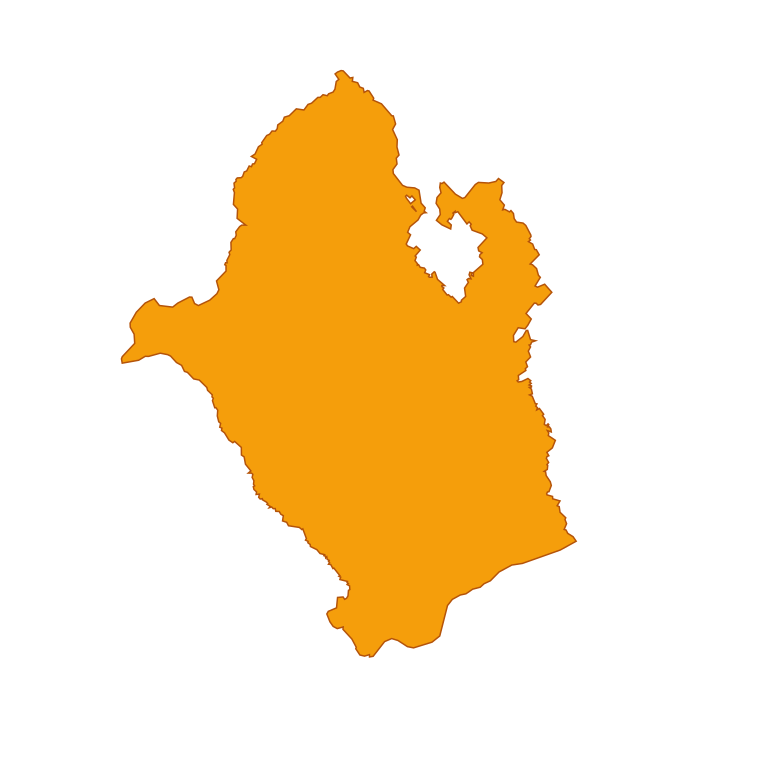 Madiun, Jawa Timur, Indonesia, rotated 123°
{"feature_id": "22746128B56340035124164", "entity_name": "Madiun", "entity_type": "district", "adm_level": 2, "iso_a3": "IDN", "parent_name": "Indonesia", "parent_adm1": "Jawa Timur", "projection": "mercator", "projection_center": [111.63, -7.612], "detail": "fine", "context": "isolated", "style": "filled", "palette": "amber", "viewbox_px": 768, "rotation_deg": 123, "n_neighbors": 0, "source": "geoboundaries", "source_scale": "gbopen_adm2", "svg_char_len": 6173}
<svg xmlns="http://www.w3.org/2000/svg" viewBox="0 0 768 768"><g transform="rotate(123 384 384)"><path d="M411.2,137.2L409.1,142.2L409.2,148.5L407.3,151.8L407.9,153.7L401.7,154.8L399.1,158.4L397.2,158.7L395.7,166.5L391.4,170.3L391.8,172.5L386.2,172.7L388.4,180.0L386.5,181.4L388.2,186.9L387.5,187.8L385.5,188.1L384.5,187.0L378.0,188.4L375.4,191.3L372.5,198.1L369.6,200.7L370.0,202.1L366.7,200.5L363.2,202.3L363.0,203.4L360.1,203.2L358.0,207.3L356.1,207.8L354.4,206.7L352.6,210.2L345.9,208.0L337.9,209.6L337.8,218.1L335.4,219.1L334.1,221.6L333.1,217.6L330.8,219.6L329.9,221.9L330.8,223.4L328.4,223.6L328.1,224.7L330.6,225.3L330.5,227.6L325.9,229.6L324.2,233.9L322.4,233.6L319.9,240.3L322.5,241.8L320.3,242.3L319.9,244.7L317.4,244.9L318.1,246.4L313.5,253.0L313.9,256.0L311.4,254.2L308.0,257.6L307.7,260.2L306.3,258.7L305.3,259.2L305.8,261.8L303.3,260.9L303.1,263.0L301.3,262.7L301.0,266.3L306.8,269.8L309.2,272.5L308.8,274.1L307.0,273.4L303.7,276.0L295.4,272.4L294.2,273.8L291.3,273.1L288.3,277.1L281.5,275.8L277.8,280.9L273.1,281.3L272.3,283.5L271.2,282.5L268.5,283.0L265.2,280.5L267.0,285.3L260.8,292.7L261.6,293.8L268.6,293.4L277.1,296.2L277.8,298.2L272.8,301.9L263.7,302.1L260.9,295.8L256.5,295.4L249.3,295.9L247.5,303.3L234.3,302.0L233.4,300.4L233.9,297.9L232.0,296.0L215.7,293.2L212.8,303.6L219.2,308.0L219.5,310.7L209.4,311.0L208.7,313.7L204.1,318.9L203.1,324.5L203.8,326.8L191.1,324.2L188.4,329.4L189.1,330.9L185.7,335.5L185.9,340.4L183.5,339.6L183.0,341.3L180.3,341.0L179.1,342.0L173.8,351.4L173.3,355.0L176.0,361.0L174.4,364.9L170.5,368.3L169.4,372.0L171.3,372.5L171.7,377.8L173.3,379.3L168.4,380.5L166.4,387.2L159.3,389.2L153.4,393.4L149.7,393.1L149.3,399.9L153.2,400.5L158.4,405.6L163.5,414.6L167.0,416.1L183.6,417.7L185.6,419.3L185.9,427.5L182.0,443.6L184.3,444.6L184.8,446.2L188.8,444.3L192.6,440.3L198.7,441.1L204.1,438.7L206.9,432.6L211.2,429.1L218.2,429.2L219.0,422.2L217.7,412.5L214.0,414.2L213.0,419.5L209.6,419.3L209.5,417.6L208.0,417.4L203.8,417.8L203.1,419.3L200.5,418.4L201.7,417.7L199.3,415.9L204.6,401.6L201.7,400.9L202.5,397.9L204.4,397.9L207.0,393.9L204.6,383.3L205.4,377.3L218.3,379.5L220.8,377.1L220.5,373.2L223.2,374.0L225.3,373.2L226.1,369.3L229.7,366.3L241.8,369.7L244.9,367.7L245.3,369.9L242.7,370.7L243.5,372.9L246.1,372.1L248.4,368.3L249.5,370.6L251.3,371.2L252.8,368.6L259.7,368.7L266.1,363.2L271.6,364.7L272.9,363.9L275.6,365.5L273.4,374.4L274.6,375.0L274.0,378.6L275.0,379.5L272.7,386.3L270.9,386.1L270.8,388.5L269.9,389.1L268.4,386.7L267.1,396.1L262.5,402.0L262.5,403.0L265.8,403.8L268.2,401.8L269.7,404.0L269.7,405.1L267.5,405.3L268.5,410.5L265.6,411.1L264.8,413.3L266.4,417.2L265.1,420.0L266.2,420.8L264.9,421.5L263.7,425.2L260.0,426.0L259.7,427.6L251.9,426.6L251.0,431.9L254.3,432.8L255.4,439.5L254.5,441.6L244.4,443.0L243.9,446.8L238.0,447.9L227.9,444.8L222.4,445.2L219.0,444.0L217.4,442.0L217.2,444.4L213.8,445.4L212.1,451.4L202.4,460.2L202.8,465.0L206.5,472.0L207.3,476.7L202.4,490.8L199.3,493.3L192.4,492.9L187.9,496.7L183.8,496.1L178.2,502.2L171.9,505.9L165.9,515.4L159.6,515.9L154.1,522.2L154.8,523.6L150.4,538.7L151.9,547.8L149.9,548.3L146.4,556.1L146.9,557.7L150.3,559.5L147.3,562.4L148.1,566.1L145.7,570.2L147.4,575.4L143.9,577.1L145.9,579.2L143.6,588.7L144.5,590.7L147.7,592.9L150.6,593.9L153.1,587.8L156.3,588.8L163.5,585.7L166.9,585.7L170.8,588.5L173.1,588.6L174.6,592.7L178.3,593.6L179.7,595.6L188.0,597.7L190.9,600.0L197.8,600.4L201.0,607.4L210.6,609.6L214.5,612.9L218.7,612.0L224.6,614.2L228.0,612.6L231.1,612.8L232.8,615.7L236.8,616.0L239.5,617.7L248.2,618.0L249.2,616.8L253.4,618.5L261.4,617.4L265.4,619.2L264.9,613.2L269.8,612.6L271.1,614.1L273.9,613.5L274.6,615.8L280.1,615.2L282.3,616.7L286.9,615.6L288.8,616.2L291.1,619.3L293.1,619.6L294.5,618.4L297.2,619.2L301.0,616.1L302.8,616.5L304.9,613.7L315.4,608.1L317.0,602.1L325.1,597.4L326.0,586.4L328.2,589.8L330.6,590.8L337.1,591.2L339.8,588.9L343.4,588.4L344.1,589.5L348.6,589.5L354.8,585.2L357.9,585.7L359.5,583.8L365.9,583.1L367.8,581.6L368.6,582.9L370.7,582.5L370.6,581.1L375.3,578.0L388.8,580.6L394.9,573.8L399.3,573.3L408.6,575.8L419.3,582.4L419.7,586.7L415.8,592.4L417.0,594.5L428.4,601.0L434.6,603.1L440.5,615.1L437.6,623.3L446.2,628.4L458.7,630.8L471.2,630.1L474.6,627.7L478.3,620.7L485.7,615.2L503.6,618.4L505.9,617.9L509.1,614.9L497.7,602.7L490.8,599.3L489.1,596.5L480.0,588.4L477.2,581.4L476.8,578.2L479.0,569.8L478.6,563.9L482.1,558.2L481.3,555.2L483.4,546.4L481.3,541.1L483.4,530.7L485.4,528.5L486.6,522.2L488.5,521.2L488.9,519.4L491.4,518.8L496.1,513.0L495.4,512.1L496.5,509.2L501.6,506.4L505.7,502.0L506.0,499.6L509.7,498.2L509.3,495.9L511.5,495.0L511.8,491.2L515.5,483.5L515.6,478.8L513.5,478.0L514.9,469.1L521.2,464.9L521.3,461.6L526.7,456.5L529.4,448.3L532.6,449.3L530.9,446.5L531.2,444.8L534.2,443.7L536.0,440.4L539.1,438.9L539.9,437.0L541.3,437.7L543.3,435.6L543.9,432.1L546.3,431.1L544.2,428.5L547.3,427.4L547.9,425.2L546.4,423.6L547.3,423.0L547.1,418.1L547.7,416.4L548.7,416.6L548.6,412.8L550.3,412.9L548.3,411.2L548.9,409.0L547.7,407.4L549.7,405.4L548.0,402.4L549.4,399.7L549.3,396.7L554.1,394.5L553.0,390.3L554.9,386.9L550.4,376.9L550.8,373.6L549.7,373.2L555.9,364.9L557.7,364.8L557.3,361.9L558.6,361.4L558.8,358.5L560.4,357.2L559.5,350.1L561.0,345.3L559.5,340.9L560.7,340.9L560.3,339.4L561.6,338.2L560.1,337.9L562.0,336.1L561.8,333.9L563.0,333.9L563.4,332.4L565.4,332.4L564.4,330.4L566.6,326.3L565.7,325.8L568.8,316.6L569.8,317.1L569.6,315.1L572.0,314.5L569.5,307.1L570.7,306.8L570.7,305.3L572.3,305.7L572.0,303.0L575.0,300.7L576.4,301.4L581.3,298.8L584.1,298.7L586.0,299.7L584.9,302.3L588.3,306.7L597.6,301.9L605.0,306.9L608.0,306.7L612.9,299.8L615.0,294.6L614.6,290.0L610.0,285.9L612.1,284.8L615.4,272.0L619.9,263.9L621.4,263.5L624.4,256.6L622.8,252.1L618.9,248.8L620.8,247.5L618.3,244.8L599.7,243.2L593.3,238.9L591.5,232.6L591.5,221.3L589.2,215.5L574.3,203.1L565.0,200.0L535.2,210.1L527.4,209.4L519.4,205.1L515.3,201.0L507.8,197.9L502.0,192.6L497.0,191.3L491.1,187.6L478.9,185.1L466.2,178.2L459.1,170.2L427.3,145.8L411.2,137.2ZM218.3,459.9L216.0,466.3L214.8,468.2L213.3,467.8L213.7,463.6L211.1,463.0L212.5,458.1L218.3,459.9ZM221.8,450.6L220.3,457.3L219.3,457.0L221.8,450.6Z" fill="#f59e0b" stroke="#b45309" stroke-width="1.5"/></g></svg>